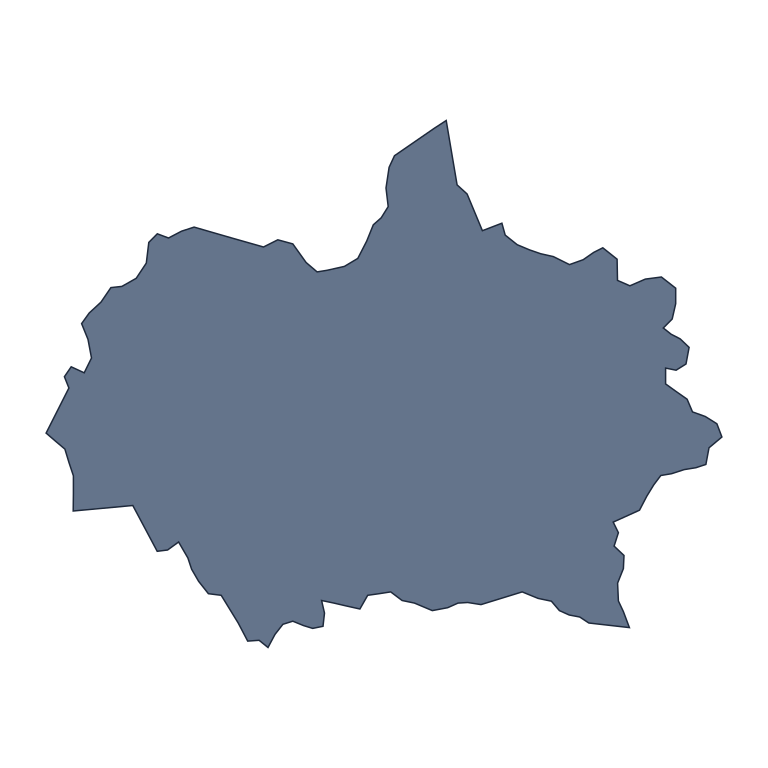 outline of Maravilha, Santa Catarina, Brazil
{"feature_id": "56859067B88629056709281", "entity_name": "Maravilha", "entity_type": "district", "adm_level": 2, "iso_a3": "BRA", "parent_name": "Brazil", "parent_adm1": "Santa Catarina", "projection": "equal_earth", "projection_center": [-53.188, -26.753], "detail": "fine", "context": "isolated", "style": "filled", "palette": "slate", "viewbox_px": 768, "rotation_deg": 0, "n_neighbors": 0, "source": "geoboundaries", "source_scale": "gbopen_adm2", "svg_char_len": 1773}
<svg xmlns="http://www.w3.org/2000/svg" viewBox="0 0 768 768"><path d="M602.8,247.8L593.7,252.4L583.2,259.7L569.5,264.6L553.4,256.6L540.6,253.7L529.6,249.9L517.2,244.7L505.2,235.1L501.9,223.2L482.4,230.7L467.1,194.0L457.1,184.9L446.2,120.5L434.4,128.2L394.5,155.7L389.1,167.3L386.0,188.0L388.2,206.6L381.2,217.8L373.3,224.8L366.7,241.1L357.8,258.4L344.4,266.4L327.0,270.3L317.1,271.9L306.1,262.5L292.8,243.9L277.8,239.8L263.5,247.0L231.8,238.0L194.1,227.1L181.5,231.2L168.5,238.0L157.3,233.8L148.8,242.4L146.3,263.1L136.2,278.3L121.9,286.4L110.9,287.6L101.0,302.1L89.2,313.0L81.6,323.6L88.0,339.4L91.5,358.0L84.2,372.8L71.2,366.8L64.4,376.7L68.9,388.0L46.1,433.1L56.0,441.6L64.9,449.1L68.9,462.3L73.4,475.8L73.4,493.6L73.2,511.0L132.8,505.5L157.2,551.3L167.6,550.0L178.6,542.0L187.9,558.0L191.6,569.2L198.6,581.3L208.4,593.7L221.2,595.3L238.2,623.0L247.7,641.1L259.1,640.3L268.0,647.5L275.0,634.4L282.9,624.3L292.8,621.2L303.6,625.6L312.7,628.4L323.0,626.3L324.5,613.1L321.6,600.5L334.0,603.1L346.0,605.9L359.9,609.0L367.7,595.3L379.1,593.7L390.7,591.9L402.1,600.5L414.5,603.1L432.3,610.6L447.7,607.7L458.0,603.1L467.7,602.5L481.0,604.6L522.2,591.9L538.1,598.4L551.4,601.2L559.4,610.6L569.2,615.0L579.7,617.0L588.8,623.0L629.4,627.6L623.4,611.6L618.4,601.0L617.6,583.1L623.4,568.6L624.0,555.5L614.1,546.1L618.4,532.7L613.2,522.1L639.5,510.2L646.8,496.2L653.8,484.8L660.8,475.5L671.6,473.7L684.2,469.6L696.0,467.7L705.9,464.4L709.0,447.8L721.9,437.0L716.9,423.8L705.3,416.5L692.5,411.9L687.1,399.2L675.7,391.2L665.6,383.9L665.6,368.1L676.1,370.2L686.0,364.0L689.1,347.4L680.2,338.9L671.1,334.2L663.3,328.0L672.2,319.0L675.7,303.7L675.7,288.2L661.4,277.0L645.3,279.1L629.9,285.8L617.5,280.4L617.1,259.2L602.8,247.8Z" fill="#64748b" stroke="#1e293b" stroke-width="1.5"/></svg>